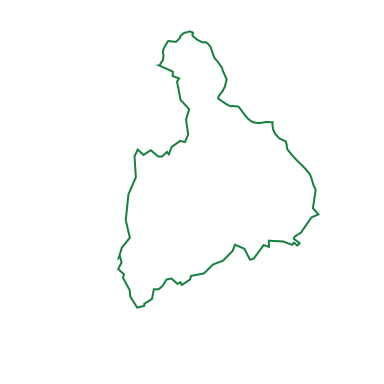 Lipkovo, Lipkovo, North Macedonia (Natural Earth projection), rotated 40°
{"feature_id": "65306769B52717367250393", "entity_name": "Lipkovo", "entity_type": "district", "adm_level": 2, "iso_a3": "MKD", "parent_name": "North Macedonia", "parent_adm1": "Lipkovo", "projection": "natural_earth1", "projection_center": [21.557, 42.166], "detail": "fine", "context": "isolated", "style": "outline", "palette": "green", "viewbox_px": 384, "rotation_deg": 40, "n_neighbors": 0, "source": "geoboundaries", "source_scale": "gbopen_adm2", "svg_char_len": 1896}
<svg xmlns="http://www.w3.org/2000/svg" viewBox="0 0 384 384"><g transform="rotate(40 192 192)"><path d="M285.3,110.8L280.7,108.7L273.2,103.8L270.8,102.6L262.7,101.2L260.9,101.0L253.6,100.5L245.8,99.6L241.5,98.8L238.1,98.1L237.5,97.9L236.3,97.1L234.9,95.7L234.4,95.1L231.2,93.0L224.2,94.8L218.1,93.9L215.3,92.6L214.4,92.2L213.4,91.6L209.7,88.0L208.9,86.8L208.5,87.2L204.5,90.0L201.5,93.4L198.9,96.3L195.1,98.7L192.6,99.7L188.4,99.9L184.3,99.4L179.2,98.2L176.5,97.5L173.9,96.9L172.8,96.8L171.9,97.2L167.6,100.2L167.0,101.1L166.4,101.4L164.0,102.2L161.4,102.7L151.9,103.6L151.7,103.1L151.2,102.5L150.8,101.0L150.6,95.1L149.5,90.4L146.2,83.4L137.6,79.3L135.1,77.6L127.4,75.5L125.5,75.3L122.8,74.8L118.5,72.3L113.4,69.1L109.2,68.2L107.2,68.2L105.5,68.7L105.2,69.7L103.5,70.7L99.2,71.8L97.1,72.0L93.7,72.0L91.6,71.8L90.3,69.3L87.0,70.5L83.6,75.5L82.8,79.8L83.7,81.7L83.4,86.3L83.1,87.4L80.2,89.3L76.7,91.6L77.1,95.4L78.3,100.8L79.8,103.6L82.2,105.6L83.1,106.8L84.9,109.5L85.2,110.9L85.1,112.7L85.9,115.7L85.4,116.2L99.9,112.1L102.8,115.6L109.1,113.3L109.6,117.1L124.1,128.8L136.6,130.4L141.0,140.5L152.1,150.4L154.5,158.3L150.0,160.5L147.5,170.7L150.0,178.0L147.1,177.4L146.2,184.1L143.4,186.5L133.6,186.5L131.0,194.8L123.2,194.4L125.0,201.6L139.5,216.8L144.8,234.6L159.3,256.1L173.8,267.0L174.0,279.7L178.3,289.6L178.7,288.0L183.3,291.2L185.0,298.5L192.8,298.7L194.3,302.1L207.5,307.3L211.9,311.8L224.3,315.8L228.6,309.9L227.3,308.2L230.1,299.7L225.3,291.0L229.0,287.9L229.8,283.0L228.7,275.5L231.8,271.5L239.9,271.7L241.1,268.6L244.0,269.7L246.8,260.1L245.1,257.0L253.5,246.7L254.7,234.0L259.9,224.7L261.0,211.0L258.8,204.8L268.7,201.8L279.9,206.6L282.1,203.4L281.0,186.6L286.2,184.6L282.2,179.9L293.6,171.3L302.7,168.1L302.7,165.3L307.1,165.3L307.3,162.0L300.0,162.4L299.3,160.2L301.6,153.2L299.8,134.8L303.2,127.9L295.1,126.7L285.3,110.8Z" fill="none" stroke="#15803d" stroke-width="2"/></g></svg>